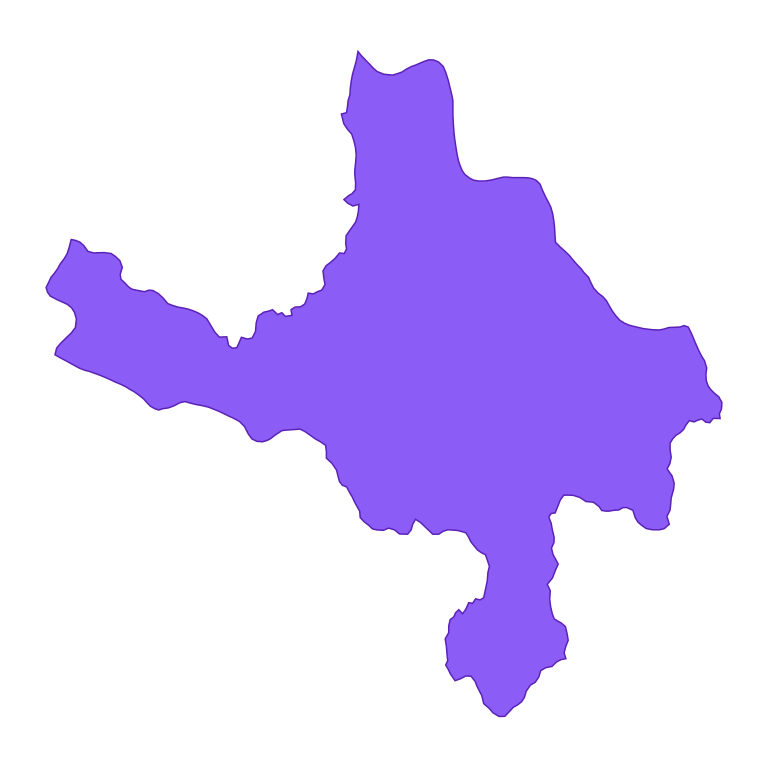 Boa Esperança, Minas Gerais, Brazil
{"feature_id": "56859067B93619911659147", "entity_name": "Boa Esperança", "entity_type": "district", "adm_level": 2, "iso_a3": "BRA", "parent_name": "Brazil", "parent_adm1": "Minas Gerais", "projection": "equal_earth", "projection_center": [-45.644, -21.057], "detail": "fine", "context": "isolated", "style": "filled", "palette": "violet", "viewbox_px": 768, "rotation_deg": 0, "n_neighbors": 0, "source": "geoboundaries", "source_scale": "gbopen_adm2", "svg_char_len": 5654}
<svg xmlns="http://www.w3.org/2000/svg" viewBox="0 0 768 768"><path d="M540.1,184.2L536.4,180.5L532.5,178.7L528.4,177.9L523.9,177.6L518.2,177.6L512.8,177.6L507.5,177.1L503.3,177.1L497.9,178.4L491.5,180.0L484.8,181.0L478.6,181.0L473.5,180.1L469.5,178.1L464.8,174.4L462.2,170.7L460.3,166.0L458.6,161.1L457.5,156.4L456.4,150.3L455.5,144.4L454.7,138.9L453.9,131.5L453.3,122.9L452.9,114.7L452.9,107.6L452.9,100.7L451.9,95.4L450.3,88.7L448.3,80.5L445.9,72.8L443.2,66.4L438.6,62.0L433.9,60.0L428.8,59.8L424.2,61.4L419.9,63.2L415.5,65.1L411.3,66.6L406.4,69.1L401.7,72.2L397.5,73.6L392.6,75.1L383.7,74.2L377.1,71.5L373.2,68.1L369.7,64.3L365.3,59.8L361.3,55.6L358.0,51.5L356.4,60.3L354.5,67.3L352.6,73.9L351.2,81.3L350.3,88.3L349.9,94.9L348.1,100.5L347.5,106.5L346.5,112.7L341.4,114.0L343.8,123.7L347.5,129.3L351.7,134.1L353.9,140.8L355.4,147.1L356.2,155.0L355.6,162.8L354.8,169.9L354.8,174.9L355.6,182.9L355.4,189.8L352.1,193.6L348.3,195.9L343.9,199.6L347.9,203.3L352.9,206.0L358.8,204.4L358.4,211.3L357.2,217.4L355.6,222.1L352.4,226.7L349.7,230.4L346.1,235.7L345.7,243.8L346.6,248.7L344.3,253.5L339.5,253.0L334.7,258.8L329.9,262.8L326.0,265.8L323.0,271.0L323.8,277.9L325.0,284.5L321.6,290.2L317.4,291.7L313.3,293.9L308.2,293.1L307.0,298.5L304.7,304.1L300.5,306.8L295.0,307.1L291.0,309.7L292.0,315.3L285.3,316.4L281.9,312.7L277.6,314.5L272.6,309.7L269.0,311.0L263.8,312.2L258.1,316.1L256.2,322.9L255.5,331.5L252.1,338.1L247.5,339.0L241.4,337.3L238.8,343.4L236.8,347.7L232.3,348.2L228.6,345.4L226.8,336.8L219.4,337.1L214.9,332.2L211.2,326.1L206.8,318.8L202.7,315.6L198.1,312.9L192.9,310.7L188.4,309.2L184.2,308.2L178.0,307.1L173.0,305.6L167.8,303.6L162.9,297.8L158.5,293.8L153.2,290.6L149.1,290.1L144.5,291.7L140.1,290.9L136.2,290.1L132.3,289.3L128.9,287.2L125.1,283.2L120.9,279.2L120.2,274.5L122.3,267.3L119.9,260.7L115.5,256.5L111.1,253.5L104.5,252.6L99.0,252.7L93.9,253.0L88.0,251.4L84.0,245.8L79.9,242.1L75.6,240.4L71.2,239.5L69.3,246.9L67.2,253.6L64.2,258.7L60.3,263.8L57.5,268.9L54.3,273.4L51.0,277.3L48.5,282.7L46.1,287.5L47.6,292.4L50.4,296.2L53.9,298.0L58.2,300.2L63.0,302.3L67.4,304.4L71.4,307.6L74.4,312.1L76.4,319.0L75.4,327.5L71.2,333.1L67.2,336.8L63.5,340.5L60.5,343.4L56.6,348.2L55.0,354.8L60.8,358.1L66.7,361.2L71.2,363.7L75.2,365.9L79.3,368.1L84.9,370.3L89.0,371.3L93.5,372.9L98.5,374.7L104.0,376.9L110.0,379.5L114.9,381.9L120.5,384.2L126.0,386.9L129.8,389.3L134.1,391.7L139.0,395.2L143.6,398.9L147.1,402.8L150.5,406.3L155.2,408.9L158.8,410.0L162.9,408.7L168.3,407.9L173.6,406.0L180.2,402.6L185.1,401.6L189.2,402.8L193.4,403.9L196.9,404.7L201.6,405.5L208.4,407.1L213.7,409.2L218.9,411.3L223.6,413.5L229.4,416.4L233.9,418.4L239.4,421.4L244.5,426.5L248.2,433.8L251.9,438.9L256.8,441.3L262.4,441.8L267.0,440.5L270.5,438.7L274.6,435.5L278.6,432.8L282.0,430.6L286.5,430.1L292.2,429.7L300.1,429.1L304.7,431.4L310.2,435.2L315.3,438.9L320.5,441.8L325.6,445.3L326.4,451.7L326.4,458.2L331.9,463.3L336.5,470.0L338.1,476.5L339.5,481.6L342.4,485.3L346.6,486.9L349.7,492.7L352.3,497.0L354.3,501.5L357.1,506.6L359.7,511.3L360.2,517.6L364.3,521.9L369.1,525.6L372.3,528.8L376.8,529.9L383.5,530.3L388.6,528.1L394.6,529.9L399.5,534.0L407.6,534.2L411.2,529.8L412.7,524.3L415.5,519.3L420.5,522.5L424.6,526.4L428.2,529.8L432.7,534.2L438.8,534.2L443.1,531.3L447.7,529.8L453.2,530.1L457.2,530.4L461.6,531.5L465.9,532.8L468.5,537.0L471.0,542.0L474.2,546.0L477.5,550.0L481.2,552.6L485.5,554.8L487.4,560.3L489.4,566.4L487.9,572.6L487.2,581.3L485.5,589.3L483.7,597.7L480.1,599.9L475.6,598.8L472.6,603.3L468.7,602.7L465.7,609.5L462.5,613.7L458.8,609.7L455.7,612.6L453.8,616.9L450.1,619.7L448.7,626.1L448.7,632.7L445.2,638.8L446.4,646.5L447.0,654.0L447.7,660.6L445.7,665.0L448.1,669.1L450.5,674.1L455.1,680.7L460.1,678.9L465.9,676.0L471.0,676.2L475.2,681.5L476.9,686.0L479.3,690.8L481.8,695.6L483.7,703.6L489.0,708.2L493.0,712.8L499.2,716.5L504.8,716.3L508.8,712.2L513.3,707.3L518.0,704.6L521.6,701.7L524.4,697.5L526.2,691.3L530.3,685.2L535.2,682.3L538.8,677.0L540.7,670.6L545.7,667.7L552.0,666.4L556.6,661.9L561.1,659.6L565.9,658.7L564.1,652.8L565.7,646.7L568.2,640.3L567.1,633.7L565.4,626.6L561.1,622.9L557.6,621.0L554.1,618.7L552.2,613.4L550.7,607.0L549.7,599.3L550.3,590.9L547.3,584.3L552.4,578.1L555.8,569.4L558.2,564.1L556.0,559.9L553.0,554.5L551.5,548.1L554.0,542.5L554.1,537.0L552.5,530.6L551.1,523.0L548.8,517.1L551.2,513.5L555.2,512.9L557.4,507.3L560.3,500.0L563.7,495.2L568.3,495.1L573.4,495.4L580.0,497.5L585.9,501.5L593.4,502.2L599.1,506.6L601.8,510.5L605.6,511.1L609.2,511.1L613.8,510.3L618.7,510.0L623.0,507.6L626.9,507.6L632.9,510.3L635.2,517.6L638.0,522.2L641.5,525.2L646.1,528.5L652.5,529.8L659.4,529.8L664.3,528.6L669.3,524.2L666.9,516.4L670.0,510.2L670.7,504.1L671.2,498.0L673.6,489.3L674.2,483.4L672.1,476.0L667.1,468.9L669.9,463.6L671.2,457.2L670.1,449.7L670.1,443.1L672.8,438.7L676.0,435.3L680.3,432.6L683.6,429.4L685.7,425.4L689.3,420.6L694.0,421.9L698.0,420.1L701.9,419.0L705.7,422.1L709.8,422.7L713.2,418.4L720.1,418.5L719.4,413.8L721.5,408.7L721.9,402.5L718.7,396.7L713.9,392.8L710.6,389.4L708.1,385.9L706.3,380.6L705.9,374.5L706.7,367.9L704.5,360.7L701.3,355.6L697.8,348.5L694.8,341.5L691.3,333.1L688.2,327.0L684.0,325.6L680.2,327.0L674.4,327.3L668.9,327.5L663.8,329.1L659.0,330.0L652.3,329.7L647.2,329.1L643.4,328.6L637.7,327.3L633.0,326.2L629.0,325.1L624.5,323.2L619.9,320.3L615.4,315.3L611.8,310.2L609.1,305.5L606.3,300.5L602.7,296.5L598.2,293.1L593.7,288.2L590.9,282.7L588.5,277.3L583.8,272.4L581.0,268.6L576.6,264.1L572.5,259.4L569.2,255.3L564.8,251.1L560.4,247.2L555.5,242.3L554.9,233.8L554.5,226.4L553.8,220.9L552.8,214.2L550.8,207.1L548.6,202.6L546.2,198.1L542.7,190.8L540.1,184.2Z" fill="#8b5cf6" stroke="#5b21b6" stroke-width="1.5"/></svg>